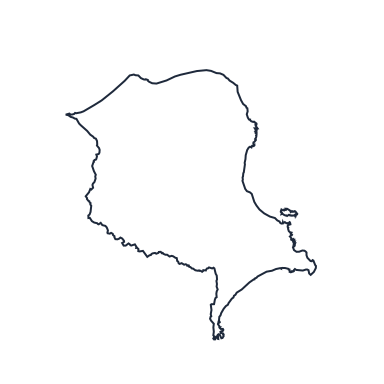 the district of Santa Isabel, Boa Vista, Cabo Verde, rotated 144°
{"feature_id": "66160863B6342114798882", "entity_name": "Santa Isabel", "entity_type": "district", "adm_level": 2, "iso_a3": "CPV", "parent_name": "Cabo Verde", "parent_adm1": "Boa Vista", "projection": "robinson", "projection_center": [-22.884, 16.099], "detail": "fine", "context": "isolated", "style": "outline", "palette": "slate", "viewbox_px": 384, "rotation_deg": 144, "n_neighbors": 0, "source": "geoboundaries", "source_scale": "gbopen_adm2", "svg_char_len": 5963}
<svg xmlns="http://www.w3.org/2000/svg" viewBox="0 0 384 384"><g transform="rotate(144 192 192)"><path d="M259.0,63.5L258.9,62.5L259.8,61.4L260.9,60.9L260.8,60.1L260.2,60.5L259.7,59.5L258.7,60.7L257.4,60.8L257.6,58.3L257.1,57.7L255.1,61.3L254.0,61.3L253.4,60.6L254.2,56.4L253.1,56.0L251.0,56.9L250.7,58.2L250.1,58.3L250.1,59.5L251.4,60.8L251.3,62.1L250.0,62.1L248.9,61.5L247.7,62.0L247.5,63.1L249.2,64.3L249.5,65.8L249.3,66.3L248.8,66.3L249.2,66.8L248.7,67.4L248.7,69.8L248.2,70.3L246.7,70.3L247.0,71.3L246.5,71.7L245.9,71.3L245.8,72.1L243.2,75.0L241.5,75.4L239.5,76.9L235.0,78.9L231.7,79.8L229.2,79.7L227.8,80.6L222.5,82.3L220.5,82.3L219.0,83.4L217.3,83.3L215.0,84.3L209.1,83.9L198.7,85.1L193.2,85.0L192.8,84.6L191.9,85.1L190.2,84.7L188.7,85.1L178.5,83.7L173.6,81.3L169.3,80.3L165.5,78.6L165.0,77.7L164.8,78.1L163.6,77.5L161.3,75.7L159.2,73.2L159.4,72.5L158.7,72.0L159.9,70.0L159.1,69.6L159.2,69.0L158.3,68.6L157.5,69.1L156.9,68.2L156.1,68.1L155.5,68.9L154.0,69.2L153.5,67.7L148.5,63.3L145.4,62.3L144.4,61.6L143.7,60.3L145.1,57.2L144.7,55.2L140.4,55.7L136.5,57.7L135.2,59.3L135.3,60.4L134.1,65.2L134.5,66.0L135.8,65.6L136.7,66.5L137.3,71.0L136.5,73.6L134.9,75.8L135.1,77.3L135.6,78.5L137.1,79.8L140.4,80.7L142.6,82.2L143.6,85.0L142.8,88.0L141.9,88.3L141.1,87.9L140.0,88.6L139.8,89.3L139.0,89.5L139.3,89.5L138.8,89.8L139.4,90.1L139.0,90.5L139.4,90.5L139.1,90.7L139.7,90.7L138.7,91.1L137.6,92.7L138.1,92.7L138.0,93.0L138.7,92.6L138.4,93.1L139.0,93.0L138.4,94.2L139.0,94.1L138.9,94.6L139.5,94.6L139.8,95.2L138.8,96.3L138.9,98.3L138.5,98.2L137.6,99.0L136.8,98.4L136.2,98.6L136.4,100.6L135.5,100.8L136.4,101.9L136.7,103.4L135.9,105.8L135.0,106.6L135.2,107.3L134.7,108.2L133.7,108.8L131.4,108.0L131.0,108.8L131.7,109.6L129.9,110.4L132.8,110.0L133.2,110.9L134.0,111.2L134.6,113.1L135.8,113.1L136.4,113.6L136.3,114.0L137.1,113.2L138.3,114.0L138.8,115.4L138.5,116.6L139.7,118.9L140.2,122.2L143.4,126.3L146.2,132.3L147.7,138.2L147.8,143.2L147.4,147.4L144.8,155.3L145.3,157.6L147.1,160.4L147.1,163.3L144.6,171.4L143.7,172.0L142.4,174.2L141.7,174.5L139.4,177.1L138.6,177.4L132.9,183.3L132.3,184.6L129.4,187.2L126.9,190.2L122.7,193.5L120.0,194.6L118.4,194.5L117.7,193.1L116.3,194.0L115.2,192.9L114.1,193.0L113.7,193.6L114.2,193.7L114.3,194.3L113.8,195.3L113.1,196.0L111.9,195.9L110.1,196.4L110.2,197.0L109.5,197.1L109.4,198.0L108.4,198.2L107.3,199.1L107.0,199.9L106.7,199.8L105.8,200.8L105.8,201.8L105.3,201.5L105.1,201.7L105.6,202.5L104.9,202.7L105.1,203.8L103.8,203.6L103.9,204.9L103.1,204.8L103.6,205.5L103.7,206.6L102.7,206.0L102.3,206.2L101.6,205.5L101.6,207.9L100.8,208.3L101.0,208.6L100.5,208.8L100.6,209.2L100.0,209.0L99.6,209.5L100.5,212.5L101.3,212.7L102.5,214.4L102.8,216.2L102.5,216.5L103.3,217.2L103.1,219.4L102.0,222.7L99.6,224.5L98.0,227.2L98.4,228.2L97.9,229.6L98.9,233.2L98.4,237.4L96.2,246.2L92.9,251.5L93.7,252.9L94.5,256.1L96.1,260.0L96.3,262.8L97.1,263.9L97.7,268.3L99.6,271.5L102.3,273.8L105.4,278.8L108.7,282.1L117.0,287.0L132.4,293.6L137.9,295.5L147.0,297.2L157.0,300.6L160.3,303.4L161.9,306.4L162.3,308.1L161.9,308.6L163.1,310.4L163.8,310.4L164.9,311.5L166.4,314.2L166.9,317.8L169.1,319.7L170.0,321.2L173.9,322.9L181.1,321.5L196.8,319.9L211.3,319.2L220.0,319.8L232.3,321.0L235.2,321.8L239.4,323.8L240.1,324.7L241.4,324.4L243.6,325.2L244.8,326.1L245.1,327.5L248.7,328.8L246.9,326.8L246.0,324.1L244.5,322.2L243.7,320.3L242.5,319.1L243.1,313.7L242.7,311.2L240.9,303.0L240.6,298.2L239.4,294.7L239.5,293.4L238.4,291.6L238.9,289.0L240.7,286.2L241.6,285.5L241.4,282.1L242.0,280.3L243.8,278.2L245.2,277.6L247.4,278.5L248.0,276.6L250.1,274.9L250.9,274.7L251.9,275.2L253.4,274.8L253.6,274.0L254.2,274.0L257.5,271.7L259.1,266.5L259.7,262.5L261.1,261.5L262.1,259.5L265.1,257.4L267.2,257.0L268.4,256.2L269.5,253.6L272.1,253.2L272.5,254.2L275.5,252.3L280.5,251.0L280.5,248.7L281.1,248.1L281.1,247.5L281.0,245.6L280.5,244.9L281.0,243.6L280.6,242.7L281.6,241.6L281.6,240.1L285.8,235.5L288.1,234.0L289.7,233.9L291.1,231.8L289.9,231.1L290.1,227.3L289.1,224.8L287.1,222.5L286.9,221.2L286.5,220.7L284.0,220.7L284.0,217.9L282.0,215.5L281.8,213.5L282.3,211.4L282.7,210.2L284.2,209.0L284.5,208.2L283.0,206.6L281.5,206.5L280.7,204.8L281.2,203.5L280.7,201.8L281.4,200.9L281.7,198.9L280.2,197.6L278.6,197.1L276.7,197.2L275.8,195.4L275.7,192.6L276.2,191.6L278.5,191.8L278.8,188.8L277.1,187.6L273.6,187.7L273.1,186.5L273.1,185.1L272.6,184.4L269.0,183.2L269.2,180.3L270.0,179.6L269.2,179.1L268.9,177.3L270.2,175.7L269.3,174.7L266.3,173.2L266.3,165.8L263.6,165.8L262.3,165.2L261.1,165.7L259.7,165.4L257.7,164.4L257.2,163.1L255.0,162.5L254.1,163.0L252.5,162.0L252.4,160.4L251.9,160.4L251.4,159.5L251.6,159.0L250.4,156.9L249.0,155.9L248.1,153.0L246.0,152.3L245.0,151.0L244.1,148.5L243.2,147.5L244.5,144.9L244.1,143.8L244.7,142.1L244.3,141.1L242.2,140.5L241.1,137.8L239.8,137.4L239.2,136.7L239.0,135.9L239.2,135.3L237.8,134.6L237.9,133.9L238.4,133.8L238.2,133.1L237.4,132.2L237.0,130.1L236.2,129.5L235.3,126.7L233.4,124.7L232.4,124.5L232.3,123.8L231.4,123.3L230.7,121.5L229.3,121.6L228.8,122.1L226.9,120.4L226.3,120.9L224.7,121.3L223.8,120.8L222.6,121.0L220.6,118.3L219.1,118.1L218.8,117.0L220.9,111.9L221.1,109.9L223.1,106.6L224.5,105.7L225.9,102.9L227.7,101.0L228.5,98.1L230.4,97.1L232.1,95.4L233.9,92.4L235.1,92.5L236.6,91.6L240.1,88.3L242.2,89.8L243.1,89.7L245.6,85.1L248.7,82.1L249.4,80.2L250.2,80.2L251.9,78.8L252.2,76.7L251.8,72.6L254.3,69.9L256.5,66.1L259.0,63.5ZM121.8,112.0L121.3,112.4L120.2,112.1L119.7,112.4L119.8,115.6L120.4,116.3L121.2,116.1L122.2,117.6L122.6,117.2L123.1,117.7L123.9,117.7L123.6,119.4L124.9,122.5L125.9,123.3L126.0,122.6L126.6,122.3L127.1,122.9L128.1,122.9L128.1,123.6L128.8,123.5L129.6,124.2L129.7,124.7L130.3,124.5L130.3,125.0L131.6,124.1L131.9,123.6L131.5,122.3L132.6,121.5L131.6,121.2L131.0,119.4L130.1,117.9L129.5,117.7L129.2,116.7L127.0,116.6L126.4,116.0L126.4,115.2L125.5,114.8L125.1,114.0L124.0,113.7L123.3,112.8L122.4,113.0L122.3,112.3L121.9,112.7L122.1,112.3L121.8,112.5L121.8,112.0Z" fill="none" stroke="#1e293b" stroke-width="2"/></g></svg>